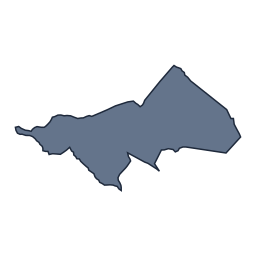 outline of Pilar, Alagoas, Brazil
{"feature_id": "56859067B89686736514526", "entity_name": "Pilar", "entity_type": "district", "adm_level": 2, "iso_a3": "BRA", "parent_name": "Brazil", "parent_adm1": "Alagoas", "projection": "orthographic", "projection_center": [-36.057, -9.614], "detail": "fine", "context": "isolated", "style": "filled", "palette": "slate", "viewbox_px": 256, "rotation_deg": 0, "n_neighbors": 0, "source": "geoboundaries", "source_scale": "gbopen_adm2", "svg_char_len": 1716}
<svg xmlns="http://www.w3.org/2000/svg" viewBox="0 0 256 256"><path d="M15.4,127.3L16.0,130.4L17.5,133.2L20.0,134.3L22.1,134.2L25.8,135.4L29.9,135.5L32.6,136.6L35.1,138.7L36.7,140.8L39.0,142.4L39.9,144.3L42.3,146.4L42.9,148.5L42.9,150.7L45.5,151.4L48.0,151.4L49.1,154.5L52.6,153.7L56.8,154.0L60.4,154.3L63.6,152.2L66.5,150.1L69.7,147.3L71.6,151.0L73.5,152.2L73.8,155.0L75.7,156.6L76.8,158.7L79.4,159.0L80.7,161.3L83.4,163.9L86.3,166.5L88.2,168.0L88.8,170.2L91.6,172.1L93.9,173.7L95.0,176.8L96.5,178.7L98.7,180.1L99.7,182.3L102.3,183.6L104.5,185.1L107.1,185.0L110.0,184.8L113.1,185.1L115.1,185.9L117.2,186.4L119.0,189.0L121.2,190.5L121.2,187.5L120.9,185.3L119.8,182.8L118.3,180.3L118.0,177.7L119.6,174.4L121.8,172.0L123.4,170.3L125.5,168.1L127.2,166.0L130.6,161.0L129.9,158.9L128.5,156.7L127.6,152.8L144.7,162.1L147.9,163.3L156.6,168.9L159.4,171.2L154.5,163.7L161.4,150.0L164.2,149.9L168.3,148.7L173.1,149.5L175.3,151.9L178.0,150.7L179.4,148.3L182.8,147.0L186.0,147.0L226.0,153.0L240.6,137.0L239.3,133.9L236.8,129.3L234.2,124.3L233.4,118.5L230.9,118.5L226.7,109.6L190.7,81.0L187.6,77.2L184.8,75.1L184.3,72.5L182.0,70.8L180.8,68.6L178.4,67.7L176.5,67.1L174.0,65.5L172.3,67.2L162.2,78.9L160.0,81.4L144.7,100.3L143.6,103.2L142.4,105.1L140.1,106.7L137.8,104.5L135.7,103.2L133.4,101.1L127.8,101.9L115.4,105.9L107.2,109.8L91.8,116.4L89.2,115.6L86.6,116.4L83.3,117.9L80.8,118.0L77.7,118.5L74.1,117.2L70.6,115.8L67.0,115.5L64.1,115.8L60.9,115.0L57.9,115.1L54.7,116.6L52.4,117.2L51.3,119.6L50.0,121.8L48.1,123.9L46.2,125.8L44.3,127.3L41.4,127.3L39.4,127.0L37.0,126.6L34.6,127.6L32.4,129.4L31.1,131.3L28.5,130.6L25.3,130.2L23.3,129.3L21.3,128.4L18.7,126.5L15.4,127.3Z" fill="#64748b" stroke="#1e293b" stroke-width="1.5"/></svg>